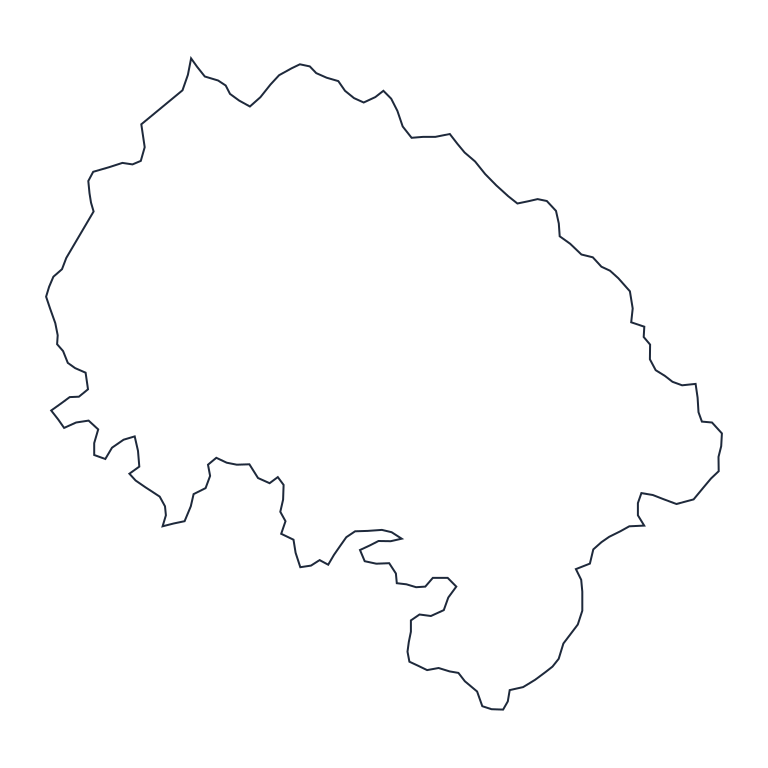 Tomar do Geru, Sergipe, Brazil (Albers equal-area conic projection)
{"feature_id": "56859067B43639455387772", "entity_name": "Tomar do Geru", "entity_type": "district", "adm_level": 2, "iso_a3": "BRA", "parent_name": "Brazil", "parent_adm1": "Sergipe", "projection": "albers", "projection_center": [-37.876, -11.378], "detail": "fine", "context": "isolated", "style": "outline", "palette": "slate", "viewbox_px": 768, "rotation_deg": 0, "n_neighbors": 0, "source": "geoboundaries", "source_scale": "gbopen_adm2", "svg_char_len": 2691}
<svg xmlns="http://www.w3.org/2000/svg" viewBox="0 0 768 768"><path d="M718.7,471.2L718.5,456.9L721.2,446.2L721.9,433.4L712.0,422.5L701.9,421.6L698.5,412.2L697.6,397.7L695.6,383.9L682.1,385.3L672.5,381.8L664.9,375.9L655.7,370.2L649.9,359.3L650.1,344.6L643.7,337.0L644.3,326.7L631.2,322.3L632.7,308.5L629.9,291.3L618.3,278.2L610.0,270.7L601.4,266.7L592.8,257.3L581.4,254.5L570.2,243.8L559.7,236.3L558.8,223.5L556.0,210.9L546.8,201.0L537.6,199.1L528.5,201.2L517.4,203.5L508.2,196.2L496.3,185.4L485.2,174.1L475.1,161.5L464.6,152.5L457.3,143.7L449.8,134.0L435.2,136.9L422.7,136.9L411.6,137.8L402.7,126.5L397.4,110.9L391.2,98.7L383.4,90.8L375.3,97.1L363.7,102.5L354.0,98.1L345.0,90.8L338.3,81.1L326.6,77.7L316.2,73.1L309.8,66.4L299.9,64.3L291.6,68.3L279.1,75.2L270.5,84.5L260.4,97.2L249.9,106.5L239.2,100.6L230.0,93.9L225.7,85.5L218.1,80.5L204.8,76.5L197.1,66.8L191.1,58.4L187.9,74.8L182.5,90.3L141.3,124.3L144.7,147.2L140.8,160.9L132.5,164.4L122.4,162.9L109.1,167.2L93.2,171.8L88.3,181.0L89.5,193.2L91.0,202.6L93.6,211.5L66.3,257.9L62.0,269.2L53.4,276.7L49.1,286.8L46.1,296.7L50.0,308.3L55.3,323.2L57.7,335.3L57.1,344.2L63.1,351.1L67.8,362.9L75.1,368.1L85.6,372.7L88.0,389.3L78.9,396.7L69.7,397.1L61.7,403.0L51.2,410.5L58.3,419.6L64.1,427.9L76.1,422.5L88.6,420.6L98.2,429.4L94.2,443.1L94.2,455.0L105.3,459.0L112.0,447.7L123.6,439.7L134.7,436.4L138.0,450.9L139.3,466.6L129.4,473.7L135.6,480.5L145.3,487.2L159.7,496.6L165.0,506.3L165.9,515.3L162.6,526.3L173.6,523.5L184.6,521.2L190.8,506.3L193.6,494.1L205.6,488.1L210.1,475.9L208.0,464.7L216.3,457.8L226.7,462.7L236.8,464.7L249.4,464.3L258.0,478.0L269.6,483.2L277.8,477.1L283.6,484.9L283.1,499.6L280.3,511.8L285.5,521.2L281.2,533.8L293.5,539.7L295.6,552.8L300.3,567.2L311.0,565.6L319.6,560.1L328.2,564.7L334.0,554.8L340.1,546.0L346.3,537.2L355.1,531.3L367.7,530.9L381.9,529.9L391.6,532.2L401.7,538.7L390.7,541.2L378.5,541.0L369.9,545.4L360.0,550.0L364.7,561.2L376.3,563.7L389.2,563.2L395.9,573.5L396.8,583.2L406.4,584.3L416.1,587.2L425.3,586.6L432.8,577.9L447.7,577.9L456.3,586.6L448.3,597.5L443.8,610.1L430.9,616.0L419.5,614.5L410.9,620.4L410.9,631.7L408.8,642.0L407.5,651.7L409.4,661.7L418.0,665.7L427.1,670.1L438.6,668.0L449.6,671.4L458.4,672.9L464.9,681.3L477.1,691.5L482.3,706.2L491.5,709.2L503.1,709.6L507.8,701.4L509.7,690.1L523.1,687.1L535.1,679.8L545.6,672.0L552.5,666.6L558.7,658.8L563.4,643.5L571.6,632.7L577.8,624.5L582.3,610.7L582.3,601.0L582.3,591.6L581.2,579.8L575.9,569.1L589.9,563.6L593.3,549.4L601.4,542.2L609.2,536.8L620.3,531.3L629.3,526.3L644.2,525.6L637.9,515.3L637.9,503.1L641.4,493.1L652.8,495.0L663.3,499.1L676.4,504.0L693.6,499.4L703.2,487.8L711.0,478.5L718.7,471.2Z" fill="none" stroke="#1e293b" stroke-width="2"/></svg>